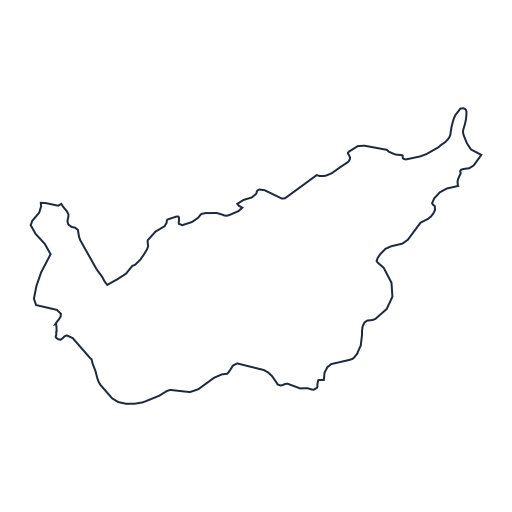 the border of Valais
{"feature_id": "CHE-165", "entity_name": "Valais", "entity_type": "Canton", "adm_level": 1, "iso_a3": "CHE", "parent_name": "Switzerland", "parent_adm1": "", "projection": "albers", "projection_center": [7.65, 46.266], "detail": "fine", "context": "isolated", "style": "outline", "palette": "slate", "viewbox_px": 512, "rotation_deg": 0, "n_neighbors": 0, "source": "natural_earth", "source_scale": "10m", "svg_char_len": 3194}
<svg xmlns="http://www.w3.org/2000/svg" viewBox="0 0 512 512"><path d="M318.4,380.1L318.1,380.8L317.3,384.7L317.5,386.6L316.9,387.9L313.6,389.7L312.1,389.6L307.4,388.2L300.1,388.4L287.5,383.7L284.9,384.0L282.9,385.0L280.7,385.5L277.5,384.4L277.1,383.4L272.1,376.2L268.2,372.5L264.0,370.1L237.2,363.4L232.8,365.7L230.2,370.0L227.4,373.7L221.8,374.4L214.0,377.8L198.4,389.2L189.9,392.1L170.1,389.9L166.7,391.1L159.3,395.7L143.0,402.3L135.0,403.7L126.4,403.8L118.3,402.1L112.2,398.4L100.5,385.0L98.7,382.0L97.3,378.1L95.5,371.2L92.5,363.3L91.6,359.3L90.4,358.4L72.7,338.1L66.8,335.4L64.6,336.3L62.7,338.2L60.7,339.7L58.2,339.3L55.9,337.5L55.7,336.4L56.3,334.8L56.2,331.8L56.6,331.5L56.5,327.5L56.1,323.8L55.4,324.1L56.6,322.2L58.7,319.6L60.6,316.7L60.9,313.8L56.9,309.9L36.1,305.1L33.9,298.7L36.5,285.7L41.2,272.2L50.6,254.2L44.8,243.9L35.6,233.9L30.7,225.2L32.2,220.9L39.1,212.8L41.1,206.5L40.8,202.8L45.8,203.1L58.2,205.7L61.3,203.9L63.0,206.6L66.9,211.3L68.5,214.5L68.4,216.5L67.8,219.0L67.5,221.8L68.4,224.6L71.6,226.9L75.1,227.7L77.9,229.9L79.0,236.6L80.2,240.1L96.6,269.3L102.4,277.2L104.3,281.0L107.2,284.9L117.3,279.3L126.0,273.7L132.2,266.0L135.2,264.7L140.3,259.7L143.9,254.5L147.1,249.2L148.1,246.3L147.6,241.3L147.8,240.1L152.3,235.2L155.5,231.6L164.6,226.2L166.6,222.8L166.7,221.5L166.9,220.4L167.2,219.8L168.1,219.3L176.6,216.5L178.2,216.5L178.9,217.3L179.0,220.0L178.8,221.9L178.7,223.1L179.0,224.0L180.6,224.4L182.1,225.2L192.0,222.0L198.0,217.9L200.5,214.8L201.1,214.3L201.7,213.9L205.4,213.1L216.8,213.0L223.1,214.9L223.8,215.3L225.3,215.7L226.9,215.7L229.2,215.1L238.5,211.1L242.3,207.7L238.9,205.8L237.4,203.8L243.4,200.0L252.2,197.3L253.0,196.4L255.8,194.2L256.4,193.4L256.7,192.0L257.1,190.9L257.9,190.2L259.2,189.5L264.6,190.2L281.9,198.6L285.0,198.3L316.7,175.1L319.7,176.0L323.7,176.0L326.0,175.6L331.5,173.4L341.1,166.6L348.2,161.9L349.0,160.8L350.0,158.9L350.0,157.7L349.6,156.5L349.0,155.2L348.3,154.1L347.9,153.3L348.0,152.8L348.4,152.2L349.3,151.4L357.8,146.1L364.5,145.7L386.7,149.8L389.0,151.8L395.3,154.5L402.2,155.2L402.6,155.4L402.7,156.1L402.7,157.1L402.9,158.3L403.8,158.9L405.1,159.3L406.6,159.3L420.2,156.4L426.4,154.1L438.4,147.3L441.1,144.9L445.2,142.2L447.8,139.4L449.2,137.5L450.2,135.4L451.5,127.0L453.0,121.1L454.0,118.1L455.5,114.9L460.4,108.6L463.3,108.2L465.4,109.2L466.0,110.2L466.5,111.8L466.4,115.0L465.9,119.7L465.0,123.8L463.2,130.0L463.0,131.8L463.3,134.0L464.1,136.4L466.9,143.2L470.9,149.4L481.3,154.9L473.8,165.3L469.4,168.2L463.5,169.0L461.2,169.7L460.3,170.6L460.2,171.5L460.5,172.2L460.6,173.0L460.5,173.8L459.2,176.4L458.1,179.1L457.5,181.5L457.8,184.4L457.8,185.9L457.9,186.0L446.8,188.5L439.7,192.4L434.2,198.4L432.1,203.2L433.1,204.8L434.8,206.1L435.0,210.0L433.4,213.4L430.9,216.6L427.9,218.9L420.5,222.7L407.8,239.8L402.4,243.6L391.1,246.3L385.4,248.9L380.3,254.1L377.7,257.9L376.6,261.1L377.6,262.5L383.7,267.8L391.5,282.8L392.4,296.7L386.7,309.0L375.3,319.0L372.5,320.0L367.1,320.6L364.4,322.6L362.6,326.5L362.0,330.9L362.0,335.1L360.7,345.9L360.2,346.7L357.7,352.3L357.5,353.2L354.2,357.5L352.3,359.0L349.8,359.8L331.2,364.1L327.4,367.2L324.5,372.7L323.9,379.9L318.4,380.1Z" fill="none" stroke="#1e293b" stroke-width="2"/></svg>